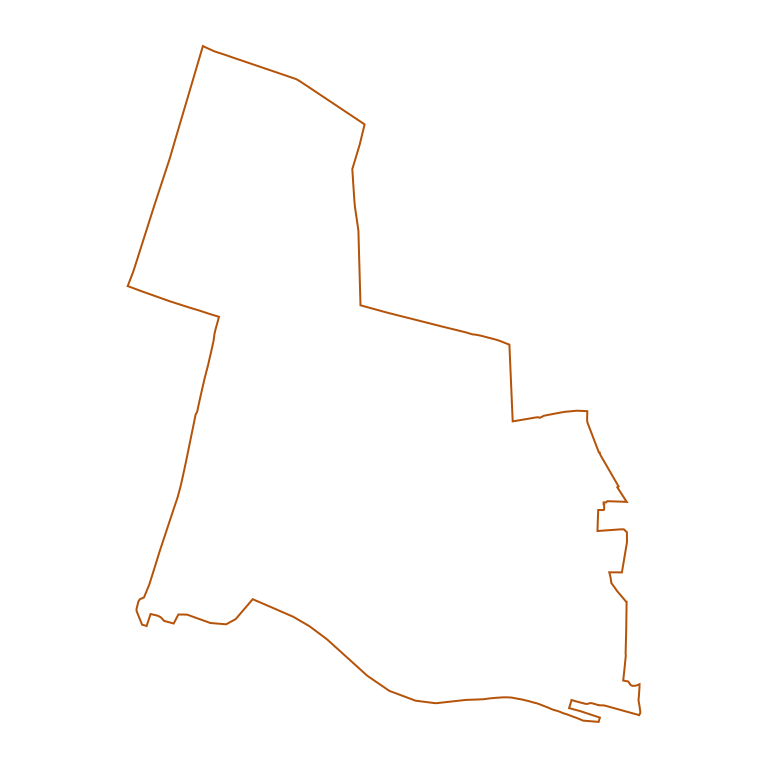 Sendreni, Galati, Romania
{"feature_id": "2599482B83097293031485", "entity_name": "Sendreni", "entity_type": "district", "adm_level": 2, "iso_a3": "ROU", "parent_name": "Romania", "parent_adm1": "Galati", "projection": "orthographic", "projection_center": [27.927, 45.451], "detail": "fine", "context": "isolated", "style": "outline", "palette": "amber", "viewbox_px": 768, "rotation_deg": 0, "n_neighbors": 0, "source": "geoboundaries", "source_scale": "gbopen_adm2", "svg_char_len": 3065}
<svg xmlns="http://www.w3.org/2000/svg" viewBox="0 0 768 768"><path d="M582.9,720.6L598.6,721.9L599.9,717.6L580.5,711.2L569.1,708.1L571.2,701.3L571.5,700.0L576.6,701.5L580.4,702.5L585.0,703.7L586.9,704.0L589.4,703.3L590.9,703.1L591.9,703.2L596.0,704.4L598.2,705.1L598.5,704.9L599.6,705.3L603.2,705.4L604.0,705.4L606.0,705.9L639.1,715.1L639.1,714.5L639.6,714.2L640.1,713.5L640.3,711.9L639.8,708.3L639.5,706.0L638.5,700.3L638.9,695.9L639.4,688.6L639.5,686.8L639.5,684.2L636.7,685.4L635.3,685.7L633.8,685.8L632.2,685.8L630.5,684.9L628.3,681.5L623.2,680.5L624.4,669.7L625.8,655.6L625.6,653.7L626.2,630.1L626.6,601.9L626.3,601.9L617.4,591.4L616.8,590.6L611.3,582.9L610.6,577.6L609.3,572.3L621.9,572.4L627.0,542.1L626.9,532.2L623.8,529.3L620.2,529.3L619.9,529.4L597.5,531.0L597.6,526.9L598.2,510.0L603.2,510.1L604.1,509.7L604.2,504.5L603.6,504.4L603.6,502.4L606.1,502.4L607.3,501.2L620.1,501.6L626.7,501.9L617.3,487.3L618.6,486.5L600.3,454.8L599.7,452.5L598.9,452.5L587.7,423.2L587.3,421.9L587.2,421.1L587.1,420.0L587.3,411.2L586.1,411.1L577.4,410.7L574.6,410.9L567.4,411.6L565.8,411.7L563.2,412.1L554.9,413.6L543.6,415.8L542.2,416.7L539.7,417.8L538.1,417.2L534.1,417.7L533.2,417.9L512.7,421.4L509.4,344.7L500.4,341.1L496.2,339.7L480.8,335.7L479.6,335.4L475.2,334.6L472.6,334.4L465.2,332.2L443.5,326.9L387.8,312.8L360.5,305.3L359.4,266.6L358.4,230.4L354.9,206.6L354.3,199.7L352.3,169.1L355.7,157.9L359.8,144.2L364.6,124.4L300.1,81.4L297.5,79.8L295.9,79.0L294.4,78.5L233.9,57.9L223.8,54.4L215.1,51.6L212.5,50.5L211.5,50.0L208.5,48.7L202.9,46.1L201.2,51.8L192.8,80.3L187.4,98.6L179.1,126.6L175.5,138.8L170.3,156.6L169.1,160.5L154.6,204.6L138.2,256.2L138.1,256.6L133.3,271.5L127.7,286.1L143.1,291.8L170.1,301.4L190.8,308.0L197.9,310.1L199.8,310.7L210.4,314.2L219.0,316.8L215.2,330.6L214.8,332.5L214.4,334.3L214.1,336.9L213.5,341.1L211.6,349.7L208.1,365.0L204.8,377.6L200.1,398.1L198.3,406.3L197.4,410.8L196.6,413.0L195.9,413.8L195.6,414.7L185.9,462.1L183.1,475.1L180.7,485.8L177.6,497.4L173.8,508.6L159.6,551.5L155.4,565.1L150.9,579.4L149.3,584.5L144.0,597.4L142.2,598.2L139.9,599.2L138.4,601.5L136.5,609.1L136.6,611.1L142.1,624.7L144.7,625.4L145.7,625.7L146.6,626.0L150.6,614.0L157.7,615.7L160.8,617.3L164.1,620.9L173.7,623.5L175.3,620.4L178.4,614.5L187.0,614.6L210.4,623.0L226.2,624.3L235.7,619.1L252.7,599.2L280.7,611.3L293.3,616.8L309.3,626.1L327.1,639.4L367.2,675.7L389.4,690.9L415.6,700.7L434.6,703.1L436.3,703.2L464.1,700.1L466.0,699.9L472.2,699.7L484.1,699.2L487.2,698.7L490.6,698.3L491.8,698.2L495.1,697.9L499.1,697.6L500.6,697.5L502.1,697.4L503.9,697.3L505.7,697.3L508.6,697.4L510.0,697.5L511.4,697.5L513.2,697.9L516.4,698.5L517.8,698.8L519.3,699.0L521.5,699.4L523.9,699.9L526.5,700.6L528.6,701.1L530.4,701.6L532.5,702.2L534.7,702.8L536.9,703.3L539.1,704.1L541.7,705.1L544.5,706.2L546.6,707.0L548.6,707.8L551.0,708.9L553.3,709.8L554.2,710.1L556.3,710.6L558.2,711.2L560.1,711.9L562.2,712.8L564.4,713.6L566.3,714.1L567.9,714.7L570.0,715.5L572.6,716.5L575.7,717.6L578.0,718.5L580.1,719.3L582.0,720.2L582.9,720.6Z" fill="none" stroke="#b45309" stroke-width="2"/></svg>